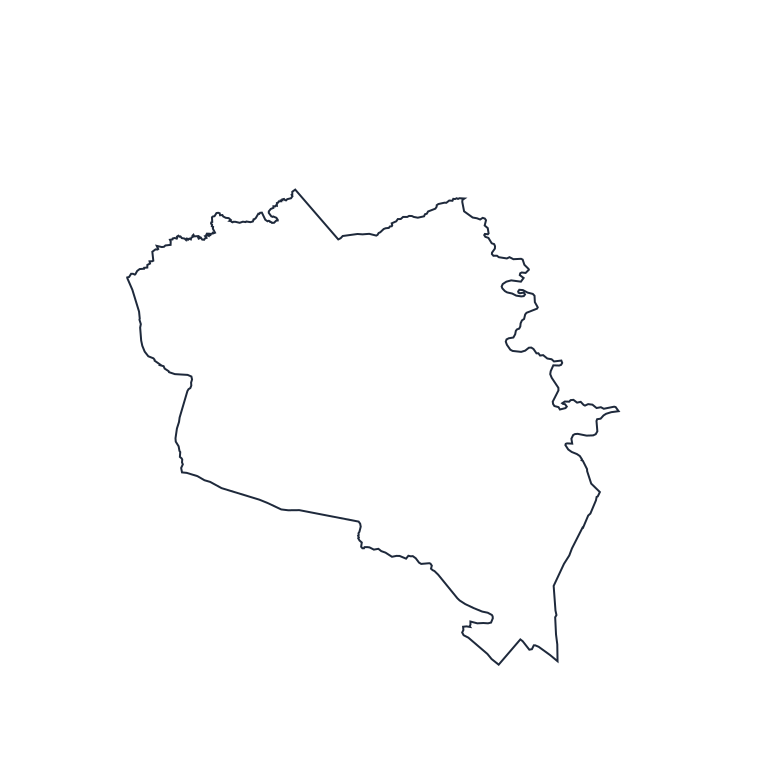 outline of Kompienga, Kompienga, Burkina Faso, rotated 296°
{"feature_id": "67063806B63358793036390", "entity_name": "Kompienga", "entity_type": "district", "adm_level": 2, "iso_a3": "BFA", "parent_name": "Burkina Faso", "parent_adm1": "Kompienga", "projection": "equal_earth", "projection_center": [0.936, 11.436], "detail": "fine", "context": "isolated", "style": "outline", "palette": "slate", "viewbox_px": 768, "rotation_deg": 296, "n_neighbors": 0, "source": "geoboundaries", "source_scale": "gbopen_adm2", "svg_char_len": 6166}
<svg xmlns="http://www.w3.org/2000/svg" viewBox="0 0 768 768"><g transform="rotate(296 384 384)"><path d="M216.0,241.2L217.6,245.5L219.4,256.7L218.8,264.8L219.8,270.7L219.2,283.6L225.4,322.7L226.0,331.4L226.2,346.6L228.5,353.2L233.5,363.2L249.2,421.5L248.0,423.8L245.6,425.6L240.4,426.7L238.7,426.5L237.1,427.5L236.3,427.2L235.0,428.7L234.1,428.4L232.6,430.6L231.8,433.5L227.7,434.8L226.9,436.6L227.6,438.0L228.8,438.0L230.0,440.3L230.8,442.6L230.7,447.5L233.4,451.2L232.6,454.8L233.1,459.3L232.2,466.9L235.0,470.6L236.3,473.4L236.7,480.4L240.3,481.2L240.9,483.7L241.9,485.3L241.3,488.9L238.8,493.8L238.6,496.3L242.8,503.3L242.9,504.5L241.7,506.6L238.6,507.2L238.0,509.3L238.0,511.3L236.4,516.2L223.6,543.8L222.6,546.9L221.8,553.5L221.9,562.8L222.5,572.0L223.9,577.5L223.7,582.2L222.8,583.5L221.1,584.5L216.5,584.8L214.5,582.4L212.7,578.0L209.8,572.8L208.4,565.8L205.6,567.2L203.8,567.2L203.4,567.9L202.3,564.4L200.5,561.5L197.7,563.2L194.9,563.2L193.1,565.7L193.0,571.0L186.7,595.3L184.0,601.2L182.0,610.1L214.2,618.5L213.6,621.4L208.9,631.1L210.5,633.2L214.8,633.2L215.4,634.4L215.6,638.2L213.2,652.0L210.9,661.5L225.9,653.9L234.3,648.4L249.4,640.1L251.9,640.3L255.6,637.4L276.9,625.0L301.3,624.6L311.1,625.7L318.6,625.0L342.1,625.4L342.1,625.9L355.3,625.2L358.0,626.3L372.4,625.5L375.7,624.6L376.7,625.4L381.5,625.4L385.3,613.9L394.7,604.8L396.5,603.8L402.2,596.3L402.1,595.0L403.1,594.9L405.1,591.6L405.6,588.1L405.2,582.5L405.9,578.3L408.6,573.8L409.9,573.6L410.9,574.6L412.9,579.3L417.0,576.4L421.1,576.4L422.7,577.6L424.1,579.9L426.4,588.7L429.5,594.5L431.7,596.3L435.0,596.5L443.9,591.2L445.8,591.0L447.8,593.9L452.0,595.1L454.6,596.7L458.3,600.6L462.4,606.8L464.8,602.3L464.5,600.8L458.1,592.4L458.2,589.1L455.6,585.6L456.8,580.4L455.4,576.3L452.7,574.1L452.7,572.6L454.2,568.6L451.9,565.7L452.8,561.2L451.3,558.8L449.3,558.2L447.5,554.2L444.8,552.6L444.6,553.5L445.2,555.6L443.8,558.2L441.9,557.7L438.2,553.3L439.7,551.0L438.9,546.8L440.1,544.8L442.1,543.4L454.7,543.6L457.0,542.4L463.1,532.0L465.7,529.1L468.6,528.2L475.0,528.0L477.4,533.4L478.9,534.8L481.1,534.9L482.8,533.1L478.8,526.9L479.7,523.8L478.5,519.6L479.7,514.4L478.0,511.8L479.3,509.3L478.4,507.6L481.0,503.0L481.3,500.4L480.1,498.3L475.9,496.3L473.0,493.2L470.1,485.1L470.2,482.5L473.1,477.3L475.4,474.9L477.8,474.6L479.8,476.1L482.5,479.9L486.2,480.1L489.6,479.2L491.4,479.6L493.0,481.2L495.4,481.3L498.4,480.2L501.6,480.1L503.9,481.4L508.4,480.4L510.5,480.9L518.8,488.5L520.3,488.6L523.7,483.7L529.3,480.6L530.2,478.2L529.1,473.0L529.3,467.7L528.0,464.3L526.0,464.0L525.0,464.9L525.1,466.3L527.4,469.5L526.3,471.5L524.3,471.1L522.9,469.0L521.4,464.1L521.5,459.6L520.3,454.5L520.5,451.9L521.8,448.5L523.2,447.0L525.9,446.9L529.6,449.1L532.9,452.9L536.0,462.2L540.5,463.0L541.4,458.3L543.2,457.9L544.6,458.9L545.9,462.6L550.2,464.1L550.8,463.5L552.7,457.9L556.6,454.1L556.6,452.3L552.9,445.6L553.0,441.2L550.7,439.4L548.3,431.6L548.8,429.3L547.2,426.1L548.1,424.0L549.4,423.5L554.3,424.3L556.5,423.4L558.0,421.7L557.7,419.1L561.1,413.8L560.7,410.6L561.8,408.8L563.1,408.9L564.1,411.7L565.2,412.0L569.6,408.9L570.6,405.0L575.9,403.9L576.9,402.1L576.6,399.9L574.0,398.3L573.7,394.9L572.5,390.7L574.3,380.3L582.0,374.5L583.9,373.8L586.0,375.0L584.0,370.3L582.8,369.4L582.8,367.9L581.4,366.8L580.8,365.1L578.7,365.2L577.5,362.2L574.2,360.6L573.5,358.9L569.6,354.0L567.8,353.0L566.4,353.6L564.1,353.3L558.4,348.0L555.8,347.8L554.5,346.4L552.3,346.5L548.3,341.5L547.2,337.5L547.2,335.5L546.1,332.9L544.4,331.7L542.5,327.9L539.6,326.7L538.3,324.1L535.6,323.7L531.8,320.5L530.3,321.8L529.2,321.8L528.1,320.2L526.4,319.9L524.7,317.2L523.2,315.8L518.7,314.1L517.4,313.0L515.2,312.8L514.0,312.0L512.5,304.9L509.1,299.1L507.2,294.4L498.9,282.0L496.0,281.1L493.9,279.5L519.8,219.0L516.6,217.3L514.1,218.5L513.5,218.1L512.7,219.4L510.2,219.0L507.7,216.0L506.1,215.5L505.9,214.5L506.5,213.0L504.7,211.0L505.0,211.7L504.6,212.1L503.8,210.8L503.1,211.4L502.1,209.4L500.6,209.3L499.7,208.4L497.2,209.6L497.0,208.5L495.9,208.3L495.3,206.7L493.8,207.4L491.7,205.5L488.7,204.8L487.3,205.4L485.3,209.2L485.4,210.6L486.0,211.0L486.2,214.4L485.0,216.5L484.4,216.8L483.6,215.5L480.7,214.5L479.7,212.7L480.1,212.0L479.7,210.7L480.2,210.1L480.2,208.9L479.2,208.0L479.6,205.3L484.5,199.1L483.6,197.6L482.2,197.3L482.0,196.4L476.9,196.0L474.9,195.1L474.8,194.6L472.6,194.9L470.9,193.0L469.7,189.0L468.9,188.7L468.0,186.0L465.6,183.6L464.6,179.2L463.7,177.4L463.0,177.1L462.9,176.1L463.3,175.0L462.9,173.7L464.3,174.3L465.0,171.7L464.0,168.9L464.1,166.0L465.0,164.7L463.8,162.7L465.4,161.5L465.2,159.9L464.2,158.5L460.5,158.1L459.6,156.8L458.4,156.3L454.3,158.6L453.5,157.9L452.3,158.3L451.9,159.6L450.3,160.1L450.3,161.5L448.6,162.1L445.9,165.8L444.6,164.6L444.8,163.8L443.9,163.7L442.7,162.3L441.7,162.7L441.2,162.2L441.6,161.0L442.4,160.9L441.5,158.9L440.6,158.9L440.7,160.3L440.2,160.9L440.1,160.1L438.5,158.4L437.5,160.4L436.0,159.1L434.8,159.1L434.1,157.3L435.2,155.3L433.4,153.7L434.0,153.0L435.1,154.1L435.4,153.8L435.1,152.8L435.6,152.4L433.5,148.7L434.6,147.3L433.4,146.9L432.6,147.8L431.2,146.7L429.3,147.0L429.4,145.5L427.8,144.7L428.5,144.0L428.2,142.9L426.6,143.0L427.3,141.0L426.5,138.3L427.4,136.4L426.8,135.8L427.2,134.2L425.7,133.3L425.0,134.0L423.8,134.0L423.5,131.9L422.2,130.3L421.2,130.5L419.8,128.4L418.6,129.8L415.5,131.2L412.7,126.8L410.9,126.1L409.7,124.3L408.5,119.2L406.3,121.9L405.6,121.5L404.8,119.6L401.3,117.8L393.7,122.6L392.6,121.7L391.5,119.5L389.7,120.9L387.3,119.1L384.9,120.2L383.3,117.5L382.4,117.8L380.2,114.0L377.4,112.6L373.6,112.4L373.1,112.1L373.0,110.0L372.2,108.4L368.5,108.0L367.2,106.5L366.5,107.0L358.4,116.5L341.7,132.1L335.7,135.8L334.6,136.0L331.2,139.2L327.8,140.1L316.6,146.7L312.4,150.0L308.2,154.7L305.6,160.0L306.0,165.5L305.3,167.1L304.4,167.6L303.3,174.6L302.7,174.4L303.4,178.1L301.7,180.1L301.1,184.8L300.4,185.6L301.2,191.7L306.1,203.5L306.3,207.6L303.9,209.5L300.7,210.0L298.1,211.5L295.4,211.7L293.7,210.6L291.5,210.4L264.3,215.0L260.0,216.4L253.2,217.4L243.8,220.4L240.9,222.1L238.0,226.7L234.2,229.5L233.5,230.7L229.0,232.5L228.4,234.8L227.6,235.8L225.0,236.8L223.6,238.4L219.6,238.5L216.0,241.2Z" fill="none" stroke="#1e293b" stroke-width="2"/></g></svg>